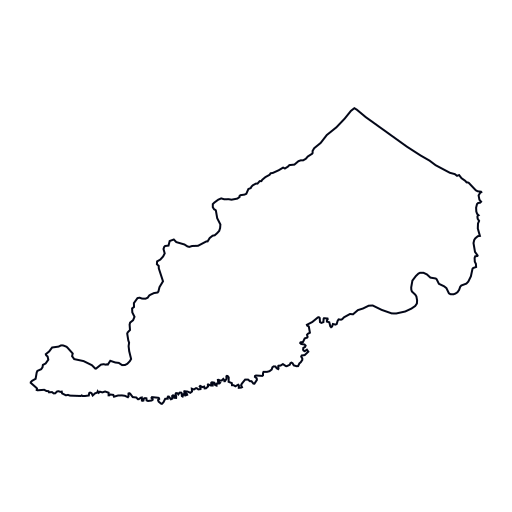 Vinh Linh, Quảng Trị, Vietnam
{"feature_id": "81297802B84418908504415", "entity_name": "Vinh Linh", "entity_type": "district", "adm_level": 2, "iso_a3": "VNM", "parent_name": "Vietnam", "parent_adm1": "Quảng Trị", "projection": "mercator", "projection_center": [106.901, 17.026], "detail": "fine", "context": "isolated", "style": "outline", "palette": "ink", "viewbox_px": 512, "rotation_deg": 0, "n_neighbors": 0, "source": "geoboundaries", "source_scale": "gbopen_adm2", "svg_char_len": 6064}
<svg xmlns="http://www.w3.org/2000/svg" viewBox="0 0 512 512"><path d="M476.1,267.0L475.9,263.9L474.8,261.7L474.6,258.0L475.2,256.3L477.4,256.0L477.6,255.5L475.0,251.9L473.5,243.1L474.2,240.0L475.2,238.4L477.8,236.2L479.9,235.9L477.8,228.5L478.0,223.5L479.1,220.9L477.7,218.8L477.4,216.8L477.8,215.5L478.5,215.2L477.1,213.8L476.3,211.5L476.1,207.7L477.0,204.1L478.1,203.0L480.1,202.7L481.1,201.7L479.4,199.7L478.6,195.4L480.1,192.9L481.3,192.1L481.0,191.7L477.7,191.3L475.8,190.3L468.8,182.9L467.7,182.4L466.6,182.4L465.2,180.8L461.5,178.2L459.1,175.1L457.0,175.8L454.8,174.1L449.9,172.8L435.6,165.2L429.5,160.6L420.6,155.5L406.8,146.6L365.7,117.1L356.7,109.6L354.3,108.2L350.9,110.9L344.7,118.6L336.5,127.2L326.8,135.0L320.7,142.9L314.2,148.2L312.6,150.9L312.6,153.0L312.2,153.7L307.8,156.5L305.8,158.8L303.2,160.3L300.8,160.3L298.4,161.2L294.4,164.6L289.4,165.1L287.8,166.7L284.9,168.5L283.1,167.6L278.8,170.2L272.9,172.9L270.6,173.3L269.6,174.8L265.4,177.1L262.2,179.8L261.4,181.1L259.7,181.1L257.5,183.6L255.9,183.6L252.8,185.3L251.5,186.6L250.7,188.1L248.4,189.0L246.3,193.8L244.5,194.6L240.4,195.2L239.5,196.1L239.5,197.1L237.3,198.6L231.5,199.7L228.7,199.2L224.3,199.3L221.2,198.4L218.2,199.7L214.3,202.6L212.8,204.1L212.8,207.2L214.1,209.3L215.5,210.0L215.9,210.7L217.2,218.2L220.4,224.5L220.1,228.1L219.2,230.9L217.1,233.2L214.7,235.3L212.6,235.7L209.7,238.0L207.6,241.4L206.4,241.4L198.0,245.8L192.1,246.0L189.3,246.9L187.4,246.4L184.5,244.5L176.3,242.1L173.8,239.5L169.7,241.0L168.5,245.6L165.1,246.0L164.2,246.9L163.5,249.0L164.7,253.4L163.1,256.5L160.3,259.6L157.1,261.4L156.9,264.2L158.7,265.9L158.8,268.4L163.0,281.3L159.5,287.1L158.4,291.5L157.6,292.5L153.9,293.1L150.3,294.8L149.2,295.5L147.7,297.7L145.5,298.7L142.1,298.6L139.6,297.7L137.5,298.1L133.9,303.1L134.0,307.0L132.1,308.4L132.3,312.4L134.5,316.8L133.1,320.2L130.1,322.6L129.6,324.6L130.0,330.0L127.7,332.4L127.2,333.6L128.3,340.4L129.1,342.7L128.6,346.1L129.2,351.2L131.1,359.0L129.8,361.2L127.3,363.8L125.0,365.0L122.1,365.1L118.8,362.9L115.3,362.5L110.3,360.8L107.8,364.6L106.9,364.3L106.0,364.7L103.6,364.2L101.0,364.6L96.0,368.6L95.3,368.6L91.9,365.2L83.6,361.1L74.2,359.1L72.1,356.2L72.7,353.5L67.9,348.1L66.6,346.8L64.4,345.9L62.9,345.4L61.0,345.4L58.6,346.6L52.1,347.5L49.2,351.4L45.8,354.2L46.2,355.3L47.6,356.5L48.3,359.7L45.6,363.5L42.9,364.9L42.5,367.3L41.2,369.2L37.4,370.9L36.7,372.5L35.6,378.8L32.1,380.8L30.8,382.1L30.7,382.8L36.5,387.9L37.0,388.5L36.7,390.0L37.6,390.3L44.2,389.8L46.4,391.0L48.5,391.2L49.0,392.3L52.0,392.1L53.7,393.4L55.2,393.3L57.0,391.5L58.4,391.2L60.6,391.9L61.7,391.6L62.1,393.4L65.9,395.3L68.0,394.9L69.9,395.6L80.8,396.0L81.7,395.4L82.5,396.0L85.0,396.0L88.8,395.5L89.2,393.1L89.7,392.7L90.6,392.7L91.6,393.3L92.7,395.5L95.1,393.3L97.2,392.6L97.7,391.3L98.7,392.8L99.9,391.7L102.4,392.4L105.1,391.5L108.6,392.7L108.6,395.3L109.4,395.3L110.3,394.5L113.3,394.9L114.0,396.7L118.0,395.5L121.9,395.4L124.9,395.8L127.9,397.2L128.5,396.4L128.5,393.5L129.2,393.2L130.1,393.6L132.7,397.1L136.3,397.5L137.9,399.2L138.7,399.2L140.8,397.7L141.8,397.5L141.9,400.6L142.4,400.8L143.4,400.6L143.8,398.6L144.9,398.1L146.4,398.3L146.6,400.4L148.0,401.0L151.6,400.5L152.6,399.9L152.7,399.2L151.5,397.9L152.0,397.1L158.4,397.8L159.0,398.2L159.2,399.0L158.1,399.9L158.1,400.4L158.7,401.7L161.3,403.8L162.0,403.8L163.5,402.2L165.2,398.8L167.7,398.7L167.6,397.3L168.1,396.5L168.9,396.6L170.9,399.3L172.2,398.7L172.2,395.9L173.0,395.3L174.4,395.7L174.1,397.0L174.3,397.8L176.1,397.9L176.2,396.8L175.6,393.9L176.1,393.1L177.6,393.3L178.3,394.4L179.7,392.6L181.1,392.6L181.6,393.1L181.9,396.1L182.6,396.5L183.4,394.2L184.1,393.9L185.2,395.5L187.2,394.8L187.0,394.1L184.2,391.9L184.4,391.2L187.6,391.6L190.3,392.8L192.0,391.5L191.8,388.7L193.9,389.5L195.9,388.2L196.7,388.2L198.3,389.4L200.5,389.1L200.6,387.8L199.7,386.4L200.2,385.9L202.5,387.1L204.2,386.6L204.6,388.4L206.0,388.3L208.1,386.4L207.8,384.8L208.1,384.4L210.9,385.5L212.7,385.5L212.8,384.4L211.3,383.8L211.1,383.1L211.6,382.4L212.4,382.3L214.3,382.7L215.1,385.0L216.5,385.6L216.7,383.6L219.5,383.4L220.0,382.8L218.1,381.8L217.9,379.9L218.7,379.8L219.8,380.5L221.7,380.5L223.3,378.9L224.2,380.0L224.4,381.2L224.9,381.2L226.5,378.8L226.4,376.3L226.8,375.9L227.6,376.0L228.7,377.4L228.6,381.8L231.8,383.1L232.0,385.2L233.5,385.2L235.4,386.3L238.2,384.7L238.9,385.5L238.8,387.8L241.1,387.6L242.0,387.2L241.1,385.2L241.8,383.7L245.1,379.6L248.1,379.6L249.9,381.2L251.5,381.2L253.4,383.6L254.4,383.7L256.9,379.9L256.7,378.3L254.9,376.9L255.0,376.0L256.0,375.5L262.3,375.9L263.0,375.3L263.0,373.2L263.5,371.9L266.9,371.9L269.5,371.2L271.7,369.5L272.4,367.3L273.6,366.4L275.4,366.5L276.7,368.3L278.2,369.1L278.5,368.6L278.2,366.1L278.5,365.7L280.5,365.6L282.9,364.1L285.9,366.1L286.7,366.2L289.7,364.8L290.5,363.1L291.4,362.6L292.5,363.2L293.8,365.4L296.6,366.2L298.1,366.1L299.4,363.4L300.8,362.2L302.3,359.9L302.3,358.4L301.2,356.6L301.7,355.5L304.7,355.1L308.3,351.7L306.9,349.7L304.7,351.2L303.6,350.6L303.1,349.8L303.3,347.9L305.1,346.9L305.6,345.6L304.5,344.5L301.2,344.0L300.2,343.0L300.6,342.3L303.0,342.0L304.7,338.4L307.2,337.6L307.6,336.9L307.0,334.8L307.8,333.8L309.9,332.7L308.8,326.5L307.2,325.6L306.9,324.8L312.3,322.0L317.9,317.4L318.8,317.2L319.7,318.0L320.0,322.1L321.4,322.9L323.4,322.1L323.6,318.8L324.0,318.2L327.5,318.5L327.7,319.2L326.9,320.4L326.9,321.6L329.3,322.3L330.3,326.3L331.1,327.2L332.1,326.5L332.9,324.0L335.5,324.6L336.7,324.0L337.6,320.9L338.6,319.4L341.0,319.7L342.2,319.2L344.0,317.3L350.0,314.0L353.0,314.3L357.9,310.1L363.0,308.5L368.7,305.7L372.7,305.5L381.7,309.9L391.7,313.4L396.1,313.5L405.2,311.5L411.4,308.6L415.2,306.0L416.9,303.5L417.1,300.4L416.4,296.5L415.3,294.7L411.9,291.5L411.3,289.7L411.2,287.4L412.4,280.6L415.9,276.0L418.4,273.6L420.0,272.8L423.5,272.8L426.9,274.4L430.4,277.6L435.7,278.5L436.6,279.2L438.9,283.8L444.1,286.3L446.4,288.1L448.9,293.3L450.4,294.2L453.4,294.3L455.4,293.6L457.5,292.2L459.1,289.9L460.2,286.8L461.3,285.5L466.4,283.6L468.3,281.6L470.9,276.3L472.5,268.8L473.2,268.0L476.1,267.0Z" fill="none" stroke="#020617" stroke-width="2"/></svg>